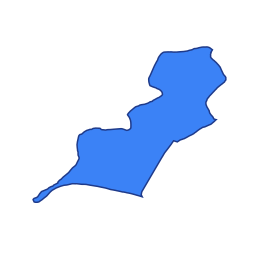 Rashid, Al Buhayrah, Egypt (Robinson projection), rotated 262°
{"feature_id": "37247803B15072818430421", "entity_name": "Rashid", "entity_type": "district", "adm_level": 2, "iso_a3": "EGY", "parent_name": "Egypt", "parent_adm1": "Al Buhayrah", "projection": "robinson", "projection_center": [30.428, 31.379], "detail": "fine", "context": "isolated", "style": "filled", "palette": "blue", "viewbox_px": 256, "rotation_deg": 262, "n_neighbors": 0, "source": "geoboundaries", "source_scale": "gbopen_adm2", "svg_char_len": 4566}
<svg xmlns="http://www.w3.org/2000/svg" viewBox="0 0 256 256"><g transform="rotate(262 128 128)"><path d="M193.7,222.5L194.2,222.0L196.2,220.0L197.1,218.2L197.4,216.5L197.4,215.3L197.6,214.9L197.8,212.6L197.7,210.7L197.6,209.4L197.3,207.5L197.3,205.9L197.4,204.7L197.1,203.7L196.7,202.7L196.5,201.6L196.4,199.6L196.2,198.5L196.0,197.6L196.0,193.7L196.2,190.8L196.3,189.1L196.4,187.0L196.8,183.7L197.3,181.7L197.6,179.4L197.8,178.1L197.9,176.9L198.1,174.6L198.0,173.5L197.4,172.2L196.6,170.9L194.9,169.2L193.8,168.2L192.7,167.5L192.5,167.4L190.9,166.6L189.9,165.7L186.0,162.9L185.0,162.3L184.6,162.0L181.8,160.3L179.2,158.7L176.8,157.2L175.0,155.9L174.0,155.4L172.8,155.2L170.7,155.1L168.0,155.4L166.9,155.7L166.4,156.5L165.3,158.3L164.4,160.1L163.7,161.5L163.0,162.2L162.0,164.1L160.8,165.4L159.5,166.3L158.3,166.8L157.5,166.8L156.4,166.8L155.8,166.3L155.1,165.3L154.8,164.6L153.9,162.9L153.8,162.1L153.1,160.1L152.7,159.2L151.9,156.9L151.6,156.4L151.1,155.9L151.0,155.6L151.0,155.2L150.9,154.4L150.8,153.4L150.2,152.2L149.8,151.0L149.2,147.8L149.2,144.5L149.0,142.8L148.4,141.6L148.2,140.0L147.9,138.5L147.2,137.2L146.2,135.6L144.4,132.7L142.6,130.5L141.4,129.4L141.1,129.4L140.2,129.8L139.4,130.3L138.0,130.9L135.5,131.5L133.4,131.6L131.1,131.4L129.1,131.1L127.6,130.8L127.2,130.4L126.7,129.8L126.3,129.1L126.3,128.9L126.0,128.3L125.9,127.5L125.8,126.5L126.1,125.8L127.0,124.2L127.9,122.4L128.3,121.1L128.4,119.3L128.6,116.3L128.8,112.8L128.9,110.5L129.2,107.6L129.1,105.4L129.6,103.6L129.9,102.2L130.2,101.4L131.6,100.2L131.9,98.6L132.4,95.9L132.4,93.4L132.0,92.5L131.7,91.3L131.9,90.7L131.9,89.8L131.6,88.6L131.5,87.7L131.4,86.9L130.3,84.2L129.0,82.2L128.3,81.1L128.3,80.2L128.2,79.5L127.4,78.4L125.8,77.6L125.4,77.5L121.4,76.0L118.5,75.2L115.4,75.0L114.0,75.0L112.4,74.9L111.3,75.2L108.1,74.8L105.8,75.4L104.9,75.4L104.0,75.0L101.6,73.3L99.6,72.0L98.9,71.6L98.4,70.9L97.8,70.2L97.5,69.7L97.0,68.8L96.2,67.5L94.2,65.2L92.1,63.0L88.3,56.8L86.5,54.6L86.5,54.3L85.7,52.8L84.1,51.0L83.3,50.9L82.5,48.6L81.8,46.5L80.8,45.3L80.8,44.3L80.7,43.9L79.9,41.5L78.7,39.8L78.5,38.9L77.7,35.9L77.1,33.5L75.3,31.5L73.8,30.2L72.7,29.2L72.4,28.9L72.2,28.4L71.8,27.6L71.6,26.4L71.3,25.1L70.8,24.5L70.5,24.1L69.6,24.2L67.8,24.8L67.3,26.2L67.2,26.9L67.1,27.6L67.2,29.4L68.5,31.9L68.9,32.8L70.7,35.7L71.0,36.3L72.0,38.0L73.7,40.0L75.4,42.0L76.6,43.8L76.9,44.3L78.4,48.0L78.6,48.5L79.1,50.5L79.5,52.2L79.7,53.1L80.2,56.6L80.1,59.6L80.6,65.1L80.2,67.5L79.9,69.7L78.7,74.3L78.4,76.3L78.0,78.6L76.7,82.4L75.9,85.0L75.3,86.9L74.5,89.6L73.5,92.3L73.1,93.4L72.9,94.0L71.7,97.4L70.4,100.3L69.5,102.2L68.8,104.5L68.0,106.8L67.4,108.4L66.8,110.1L66.2,111.7L65.4,113.7L65.2,114.8L64.6,116.5L64.0,118.0L63.4,119.9L62.6,122.0L61.1,125.5L60.4,127.0L59.5,129.1L57.9,132.5L59.1,132.1L60.2,131.8L61.6,132.3L62.7,132.7L63.1,132.9L63.4,133.1L64.0,133.6L71.6,139.6L93.5,156.9L95.4,158.5L96.7,159.5L98.3,160.8L98.5,161.0L101.7,164.3L102.8,165.4L104.3,166.9L105.9,168.5L106.9,169.4L108.1,170.5L109.0,171.4L107.8,174.0L107.4,174.9L108.7,177.6L108.9,178.1L109.0,178.4L109.2,179.9L109.5,181.1L109.6,182.1L109.7,182.4L109.9,182.9L110.6,184.9L111.2,186.4L111.9,188.2L112.0,188.7L112.5,190.3L113.0,191.6L113.2,192.2L114.0,193.4L114.1,193.7L114.9,195.3L115.2,195.7L116.0,197.1L116.2,197.5L117.0,199.0L117.2,199.6L118.3,202.1L118.4,203.8L118.4,204.1L118.9,205.9L119.7,208.6L120.1,210.3L120.5,211.2L120.7,211.5L121.5,212.7L121.7,213.1L122.3,214.0L122.6,214.5L123.0,215.0L123.4,215.5L123.6,215.8L124.0,216.4L124.2,215.8L124.7,215.0L125.1,214.2L126.9,213.7L128.7,212.6L129.5,212.0L131.5,211.0L131.8,211.0L132.8,210.8L133.7,210.8L135.7,210.0L137.9,209.1L139.5,208.7L140.7,208.5L141.0,208.5L142.5,208.7L143.7,209.3L143.9,209.6L144.2,209.7L144.8,210.1L145.2,210.2L145.4,210.3L145.8,210.6L146.6,211.3L146.8,211.7L147.4,212.3L148.4,213.2L148.6,213.5L150.0,215.3L151.4,217.0L152.4,218.3L153.5,219.6L154.3,220.7L154.4,220.9L154.9,221.4L155.7,222.3L156.2,223.3L156.4,223.6L156.7,224.0L157.2,224.9L157.8,225.9L158.2,226.6L158.6,227.4L159.1,228.2L159.7,229.1L160.1,229.9L161.1,230.6L162.0,231.6L164.5,231.9L165.4,231.5L166.1,231.1L166.4,230.9L166.7,230.7L167.1,230.4L167.8,230.0L168.4,229.8L168.7,229.7L170.4,229.2L171.2,228.9L172.0,228.7L172.9,228.4L173.3,228.3L174.4,228.0L175.2,227.8L175.5,227.7L176.3,227.2L177.2,226.7L177.6,226.5L179.0,225.5L180.5,224.5L181.2,223.9L181.8,223.4L182.8,222.6L183.9,221.5L185.0,220.7L186.1,219.9L186.5,219.8L186.9,219.6L187.7,219.9L188.3,219.9L188.8,219.9L189.1,219.9L189.6,220.1L189.9,220.2L191.1,220.8L191.3,220.6L193.7,222.5Z" fill="#3b82f6" stroke="#1e3a8a" stroke-width="1.5"/></g></svg>